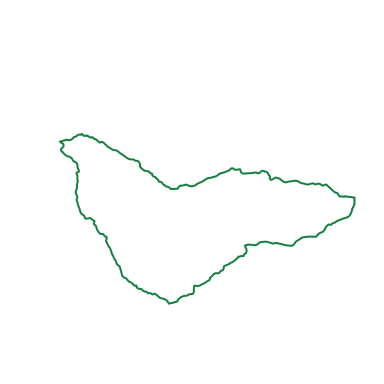 outline of Sandoná, Nariño, Colombia, rotated 314°
{"feature_id": "7082276B52993229250097", "entity_name": "Sandoná", "entity_type": "district", "adm_level": 2, "iso_a3": "COL", "parent_name": "Colombia", "parent_adm1": "Nariño", "projection": "natural_earth1", "projection_center": [-77.461, 1.298], "detail": "fine", "context": "isolated", "style": "outline", "palette": "green", "viewbox_px": 384, "rotation_deg": 314, "n_neighbors": 0, "source": "geoboundaries", "source_scale": "gbopen_adm2", "svg_char_len": 5992}
<svg xmlns="http://www.w3.org/2000/svg" viewBox="0 0 384 384"><g transform="rotate(314 192 192)"><path d="M95.8,253.1L97.7,254.2L99.0,255.3L100.3,255.8L102.9,257.4L103.4,257.4L104.5,256.8L106.5,256.8L108.2,257.0L110.7,257.9L111.9,258.6L113.5,260.0L114.5,260.6L116.5,261.1L117.1,261.4L118.7,262.9L119.2,263.3L120.4,263.2L121.7,262.5L123.5,260.7L124.9,259.5L125.8,259.0L126.3,258.9L126.7,259.1L127.4,260.5L128.3,261.5L129.7,262.4L131.2,263.0L133.0,263.4L134.3,264.1L138.2,264.9L140.1,265.6L140.8,265.6L141.7,265.4L142.4,264.8L142.7,264.6L144.5,264.8L148.4,264.7L150.4,265.6L151.7,267.5L152.1,267.7L152.9,267.8L154.5,267.5L155.2,267.6L156.9,268.3L157.9,268.4L159.3,267.7L159.6,267.3L160.3,266.9L160.8,266.7L161.7,266.9L165.9,268.7L166.4,268.9L167.5,268.8L167.9,268.9L168.9,269.6L170.2,270.0L176.2,270.6L177.8,270.3L178.3,271.1L180.3,271.9L181.8,273.6L182.9,273.0L184.0,272.9L185.5,273.4L187.1,272.5L187.7,272.1L188.7,270.8L189.9,267.7L190.2,267.5L190.8,267.5L191.5,267.8L193.3,269.1L195.2,271.2L196.3,272.9L197.7,274.5L199.6,275.5L200.4,275.6L202.0,275.5L202.6,275.6L205.2,277.5L207.3,279.3L208.7,281.2L209.9,283.7L211.2,286.1L211.6,286.5L213.0,287.3L214.2,288.5L215.8,291.2L216.7,292.5L217.1,293.5L219.1,296.8L221.4,299.8L223.1,301.4L225.4,301.7L227.7,301.3L229.8,301.4L232.6,302.3L235.5,302.7L240.6,306.5L244.9,311.2L246.4,312.5L248.6,312.1L250.3,312.2L252.4,312.9L253.8,313.7L256.3,313.8L259.4,312.7L261.7,312.6L263.6,312.9L265.0,314.8L267.1,314.9L269.4,316.1L271.4,316.3L273.4,317.1L277.7,319.1L281.9,321.4L283.9,321.8L286.6,321.3L289.5,320.1L291.1,319.0L293.8,318.2L296.5,317.1L298.1,315.3L300.8,312.9L300.0,311.8L298.9,310.0L296.6,307.1L295.6,305.4L295.1,304.9L294.4,304.9L294.0,304.6L293.1,303.1L291.4,301.2L291.5,299.9L292.0,297.9L292.1,297.0L292.0,296.7L291.5,296.1L291.2,295.5L290.8,293.3L290.8,287.1L290.6,285.2L290.7,283.6L289.4,282.5L288.3,282.2L287.5,281.7L287.0,280.2L286.7,278.5L286.4,278.1L285.7,276.9L284.5,276.4L283.4,275.6L283.0,275.1L282.7,274.0L282.2,273.0L281.1,272.1L278.0,270.3L277.2,269.4L275.2,265.7L274.3,264.5L273.8,263.0L273.6,261.6L273.3,260.7L272.0,258.6L271.0,257.6L270.0,257.0L266.6,254.3L264.8,253.3L264.0,252.6L263.4,251.8L262.7,249.5L262.5,246.5L262.2,245.3L260.7,242.4L260.4,242.1L259.7,241.7L257.7,241.4L257.0,241.2L255.9,240.6L255.5,240.3L255.4,239.7L255.7,238.7L255.9,238.3L256.9,237.7L257.5,236.8L257.6,236.2L257.5,235.6L257.6,234.9L258.2,233.9L258.4,233.2L258.3,232.1L256.8,228.8L256.2,228.0L255.6,227.6L252.5,227.2L251.6,226.8L251.3,226.4L250.8,225.1L250.3,224.2L248.3,222.8L246.1,221.0L245.8,220.5L244.8,219.8L243.7,218.7L242.4,217.6L240.9,216.1L240.3,215.1L240.2,214.0L240.4,213.3L240.7,212.6L241.7,211.2L241.6,210.6L239.3,208.9L237.8,207.1L237.5,206.6L237.5,205.4L237.1,204.5L236.3,203.9L233.7,203.7L232.6,203.4L228.8,201.7L225.0,199.4L223.5,199.0L221.6,198.8L219.3,198.0L217.1,196.6L215.7,195.9L212.8,193.8L211.6,193.3L206.5,192.1L201.6,190.1L199.4,189.8L198.7,189.6L195.9,187.9L195.2,187.0L194.2,185.4L193.8,183.6L193.2,182.6L192.5,182.1L190.9,181.3L188.2,179.1L187.1,178.9L184.3,179.4L183.3,178.1L182.3,177.5L181.3,176.6L180.7,175.8L179.7,174.9L179.4,174.4L179.4,172.8L179.0,171.3L178.0,169.5L177.9,168.8L177.9,167.4L177.5,166.2L177.7,165.1L177.9,164.4L177.9,163.7L177.6,162.4L176.6,161.4L176.5,161.1L176.6,160.6L177.3,159.2L176.9,156.9L177.2,156.1L177.3,155.1L176.5,153.9L176.4,153.2L176.6,151.6L177.1,151.0L177.4,150.3L176.9,149.8L176.8,149.2L176.7,147.1L176.6,146.3L175.8,145.2L175.3,144.2L174.2,143.0L174.3,141.7L173.8,139.8L174.1,138.2L174.1,136.7L175.4,136.1L175.8,135.6L176.5,133.9L176.7,131.9L176.4,131.0L175.3,129.7L175.0,129.0L174.9,127.7L174.6,127.0L172.7,125.1L171.8,123.6L171.1,120.0L170.5,115.5L170.1,114.2L169.7,109.7L169.1,108.3L167.4,105.9L167.1,105.1L166.8,102.8L166.0,100.2L166.1,97.8L166.0,93.8L165.6,92.7L165.0,91.9L163.8,91.7L163.5,91.2L163.4,90.9L163.1,86.4L162.9,85.8L162.1,84.9L162.4,83.3L162.3,82.5L162.0,82.0L161.1,81.5L160.6,81.0L160.1,79.5L160.0,78.0L159.9,77.7L159.8,77.4L159.0,77.1L158.7,76.3L158.5,76.2L158.1,76.1L157.4,75.4L157.2,75.1L157.2,74.1L157.3,72.5L156.8,72.2L155.8,72.2L154.8,70.8L154.2,70.5L153.1,70.2L150.9,69.9L149.5,68.9L147.4,69.1L146.7,68.8L145.4,68.6L143.8,67.6L143.1,66.2L142.5,66.1L142.3,65.9L142.2,65.3L142.0,65.0L140.8,64.5L137.1,62.4L136.6,62.2L136.5,63.5L137.1,65.4L137.0,66.1L136.6,66.9L135.8,67.7L135.1,68.0L133.9,68.0L132.6,67.8L131.5,68.5L130.8,69.2L130.6,69.7L130.5,70.0L130.9,71.0L130.6,73.8L130.8,76.1L131.0,76.9L132.3,79.8L132.7,81.2L132.6,82.4L132.0,84.4L132.0,85.2L132.0,85.9L132.8,88.2L132.5,89.4L131.9,90.8L130.1,92.7L128.9,95.5L128.3,96.3L127.7,96.5L127.3,96.4L126.3,95.7L125.7,95.6L125.1,96.1L124.7,96.7L124.3,98.1L121.9,100.3L121.4,100.9L120.7,101.9L120.0,102.7L117.7,103.9L115.3,106.3L112.9,107.5L112.0,107.8L110.6,108.9L110.0,110.1L109.4,112.0L108.6,113.2L107.8,113.8L106.5,114.2L105.7,115.0L105.5,115.4L105.3,116.5L104.6,117.1L103.3,119.3L101.6,123.2L100.5,124.7L100.3,125.3L99.6,127.2L99.5,127.8L99.6,128.8L100.0,129.7L99.9,130.8L99.7,131.5L99.0,132.9L99.0,133.8L99.4,134.6L102.4,136.7L102.8,138.1L103.0,141.0L103.4,141.7L103.3,142.0L101.1,143.5L100.7,144.2L100.7,144.7L100.9,145.7L100.9,146.3L100.4,147.4L99.3,149.0L98.2,153.2L98.1,154.0L98.2,155.1L100.0,157.4L99.7,160.3L100.2,161.4L100.2,162.1L99.8,162.6L97.4,163.9L97.0,164.5L96.5,165.5L94.9,170.0L94.7,172.0L94.4,172.6L93.3,175.0L91.9,177.4L91.1,180.0L90.3,181.6L89.4,185.1L88.6,186.5L88.1,187.7L88.0,188.3L88.0,190.3L88.2,191.6L85.3,196.7L83.7,199.2L83.3,200.3L83.2,201.4L83.2,202.2L83.5,203.0L84.0,203.8L84.1,204.2L83.9,206.7L83.8,208.8L84.0,209.7L84.6,211.1L84.8,212.1L84.8,212.9L84.6,214.9L84.6,215.3L84.9,216.1L85.2,216.4L85.8,216.6L86.0,217.0L85.2,218.2L85.0,218.9L85.1,220.2L85.6,221.4L86.7,222.4L87.1,223.2L86.9,224.7L87.0,225.8L87.6,227.4L88.2,227.7L88.6,228.4L88.7,229.3L88.6,230.6L88.7,230.9L90.1,232.0L90.5,232.5L90.6,234.2L90.9,234.8L91.7,235.3L92.6,235.4L93.0,236.0L93.4,238.3L93.6,242.6L95.8,246.6L96.3,248.4L96.4,250.2L96.0,251.3L95.8,253.1Z" fill="none" stroke="#15803d" stroke-width="2"/></g></svg>